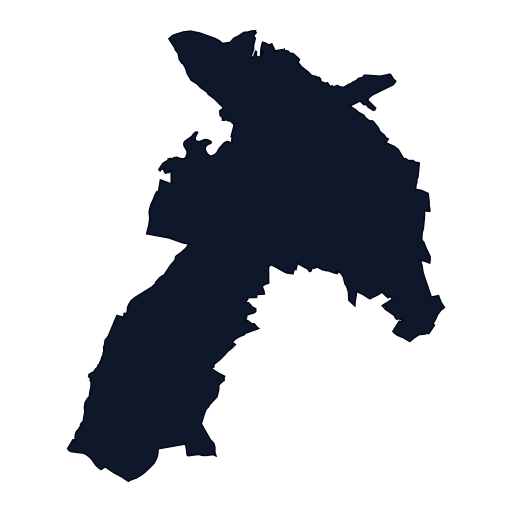 the district of Iernut, Mures, Romania
{"feature_id": "2599482B14234854366201", "entity_name": "Iernut", "entity_type": "district", "adm_level": 2, "iso_a3": "ROU", "parent_name": "Romania", "parent_adm1": "Mures", "projection": "natural_earth1", "projection_center": [24.221, 46.434], "detail": "fine", "context": "isolated", "style": "filled", "palette": "ink", "viewbox_px": 512, "rotation_deg": 0, "n_neighbors": 0, "source": "geoboundaries", "source_scale": "gbopen_adm2", "svg_char_len": 5977}
<svg xmlns="http://www.w3.org/2000/svg" viewBox="0 0 512 512"><path d="M128.3,481.3L131.0,479.8L136.2,478.0L141.6,474.8L144.7,472.4L153.0,464.4L154.4,462.6L156.7,458.1L157.7,454.5L158.2,448.8L185.2,444.0L186.3,447.7L187.1,454.8L188.2,455.8L196.9,454.6L199.2,454.5L201.9,455.3L205.7,455.5L212.9,454.6L216.0,455.9L214.8,451.8L214.9,447.2L213.9,443.5L210.0,439.2L201.3,423.8L204.4,413.6L206.1,409.2L208.4,407.0L209.4,404.9L217.0,396.8L218.7,389.8L218.8,385.1L222.7,381.2L224.1,380.5L224.1,377.6L224.7,376.3L218.0,372.9L212.0,369.0L212.2,367.2L213.9,367.0L213.9,365.0L214.3,364.1L219.9,359.6L224.8,354.7L227.8,351.1L230.1,349.6L231.6,348.0L232.9,347.4L232.1,346.2L232.9,345.4L234.2,345.9L235.4,344.6L232.2,342.1L235.5,338.9L239.9,336.4L244.5,334.6L244.1,333.7L258.7,328.5L256.7,326.9L254.2,323.7L251.8,323.9L248.1,320.8L244.2,319.3L245.8,319.2L246.8,316.8L246.3,315.1L254.4,312.7L255.7,311.5L255.8,311.0L255.7,308.7L251.8,306.8L250.9,305.2L248.5,302.8L245.4,302.9L248.5,297.6L256.7,297.4L256.4,294.6L264.4,294.0L263.9,291.0L262.1,286.3L264.6,284.5L268.7,283.1L268.5,267.3L270.6,264.6L274.8,266.5L284.8,272.1L287.0,273.0L293.0,273.8L294.2,269.1L296.0,269.6L297.4,263.4L307.6,268.9L309.4,271.5L311.0,271.0L311.8,268.5L315.4,267.9L316.3,266.6L323.3,270.1L324.0,269.9L326.6,270.8L327.9,270.6L334.1,272.9L337.0,273.4L337.1,274.1L337.5,273.0L337.0,271.6L339.4,272.2L341.1,273.5L343.2,276.7L345.1,284.2L346.0,285.1L347.2,288.0L348.5,292.3L348.8,300.2L354.9,305.9L355.1,302.2L356.7,291.5L362.7,294.3L369.8,298.8L377.7,294.9L382.1,292.1L386.0,296.1L388.3,297.8L390.2,296.3L392.4,299.2L382.2,305.6L383.4,307.1L385.3,305.8L386.1,306.9L384.6,308.7L394.5,315.6L395.0,317.2L396.2,318.8L396.8,319.2L399.1,318.8L402.5,320.1L401.4,321.8L399.2,321.2L392.9,331.4L394.3,333.0L397.5,335.3L403.4,337.7L409.8,341.5L415.0,337.2L419.2,334.6L425.2,334.0L427.9,333.0L428.7,333.7L434.5,325.1L432.8,324.1L435.7,319.1L437.4,314.9L440.8,310.3L444.4,307.5L441.0,302.2L438.5,295.6L431.3,297.1L423.1,272.8L422.1,265.9L420.5,260.2L424.7,261.2L429.7,263.1L430.2,259.3L430.1,256.6L425.9,247.7L423.7,242.1L423.4,242.2L422.1,240.1L421.7,238.8L422.2,232.5L423.3,228.8L424.3,219.0L424.6,214.5L424.3,210.9L429.8,211.3L429.7,207.8L429.2,207.7L429.1,201.7L428.1,193.4L420.8,190.2L415.5,189.3L416.1,184.5L417.0,181.9L416.6,180.3L418.0,176.8L419.3,163.1L417.1,162.3L416.1,162.8L413.0,160.5L408.5,160.6L405.8,158.6L404.5,159.2L402.6,156.9L398.2,149.5L394.1,146.4L385.9,142.7L388.3,139.1L385.6,137.3L384.1,134.9L380.5,132.1L379.7,131.2L378.2,127.6L373.6,121.9L372.3,120.8L370.5,121.0L368.2,120.0L363.9,116.1L364.2,115.5L358.4,112.2L355.2,109.4L349.8,106.1L360.0,101.0L363.8,104.6L364.3,104.0L365.9,104.8L367.7,106.1L367.9,106.9L373.4,110.4L374.9,109.8L374.4,109.3L375.6,108.0L367.3,99.8L368.3,99.0L368.0,98.5L372.4,94.9L393.4,84.6L395.8,81.2L393.2,78.8L390.8,74.8L390.0,74.2L380.4,76.2L364.4,75.1L362.2,77.7L359.6,78.0L357.5,79.1L356.8,80.4L352.4,82.4L350.5,84.0L348.7,84.3L343.8,87.4L339.5,86.7L337.4,85.4L332.8,87.3L332.2,85.8L330.2,86.5L327.4,82.7L325.3,83.3L321.2,81.6L320.5,80.0L320.6,78.7L319.6,78.3L319.1,77.3L317.7,77.6L316.6,76.6L311.6,75.5L308.2,72.0L300.9,66.2L299.9,64.4L298.6,63.5L298.5,62.6L297.9,62.1L299.5,59.6L297.9,57.8L292.8,53.4L290.2,53.5L288.4,51.3L286.1,50.6L285.0,51.6L284.2,49.2L282.9,50.6L282.3,49.6L275.1,50.9L271.8,43.9L269.8,44.7L268.4,44.7L265.1,42.9L262.6,42.3L261.9,44.1L260.7,50.6L263.9,52.6L263.6,53.8L260.7,52.4L260.7,56.1L260.1,56.3L260.0,57.0L256.8,56.9L256.2,53.0L256.7,51.9L255.6,51.2L253.1,58.0L251.1,56.2L253.6,49.4L253.6,45.4L255.3,38.2L253.5,35.8L256.1,32.8L255.5,32.4L255.6,30.7L251.4,31.0L247.9,32.1L244.1,32.3L238.2,36.1L233.9,38.2L230.1,42.4L222.5,43.5L219.2,40.7L215.9,38.8L199.8,33.0L190.3,31.1L183.1,32.0L176.4,34.1L172.4,35.6L168.9,38.8L174.6,47.6L175.5,50.1L178.2,53.3L179.2,59.2L182.0,63.4L183.7,64.2L184.3,66.2L185.5,67.9L187.3,73.7L191.2,80.2L196.8,83.7L200.8,87.7L207.1,92.2L208.2,94.2L214.7,99.0L223.6,108.0L219.7,110.9L220.1,115.3L222.7,118.1L222.3,120.1L224.1,120.4L226.0,119.7L228.2,120.8L230.6,121.1L232.2,122.9L233.5,123.6L233.9,126.0L231.1,136.6L232.2,136.9L231.5,142.5L231.8,143.4L230.8,143.8L229.3,141.9L227.8,141.5L226.9,141.5L224.3,142.8L219.3,148.3L217.0,152.4L214.8,154.7L211.6,156.0L209.6,155.7L207.0,153.4L205.4,150.2L205.2,148.0L206.2,145.8L207.8,144.5L210.8,143.3L211.2,142.3L210.9,141.4L207.5,139.7L205.8,139.5L203.7,139.9L199.2,141.7L196.6,141.1L195.4,140.0L195.1,137.7L197.6,132.4L197.2,132.0L195.8,132.0L193.7,133.7L191.7,136.5L185.4,140.9L184.0,142.5L183.8,144.5L184.2,146.2L186.7,150.3L187.1,151.8L187.1,154.0L185.6,157.6L184.8,158.4L182.9,158.9L180.2,158.5L176.5,157.2L176.2,157.7L174.2,157.5L174.0,157.9L171.1,159.2L170.7,158.4L168.0,159.1L168.5,160.3L165.9,161.4L162.6,163.7L158.8,169.6L160.1,170.9L161.1,169.4L164.6,168.0L165.1,169.0L163.5,169.7L165.4,173.3L167.9,172.3L168.2,172.7L169.2,172.3L168.9,171.6L171.1,170.7L171.3,183.9L160.4,179.9L158.4,192.2L156.8,191.6L154.5,196.1L153.6,198.9L151.0,204.3L149.5,209.5L149.2,213.0L149.9,219.5L149.6,219.5L148.7,226.0L146.6,233.8L168.9,237.9L182.3,242.7L188.8,244.1L185.9,248.2L180.9,252.7L176.3,256.0L175.6,257.0L175.0,260.1L170.2,265.7L163.8,275.4L162.1,275.9L159.2,278.2L155.7,282.4L155.7,283.5L151.6,287.2L135.6,297.1L131.3,300.5L129.0,304.0L127.6,307.4L127.3,308.9L127.6,309.9L126.5,313.8L124.2,313.3L123.9,315.6L123.2,317.1L116.9,315.5L108.2,336.4L107.5,337.0L107.1,338.1L105.4,339.5L104.7,342.4L104.6,344.6L103.6,346.9L103.8,351.6L103.1,353.1L103.1,355.1L101.9,357.2L100.9,360.4L99.3,363.9L97.8,365.6L97.8,366.9L95.8,368.8L93.8,371.7L89.1,374.3L88.6,376.8L90.3,377.9L90.6,378.8L90.1,380.1L91.1,382.3L91.0,386.6L89.7,393.1L89.5,396.2L87.0,399.3L85.2,402.4L84.4,407.3L84.8,411.8L83.2,421.1L80.8,423.9L81.6,424.0L77.7,430.6L77.4,430.4L76.1,432.1L75.3,434.9L75.0,440.0L73.0,439.7L67.6,448.6L69.2,450.7L71.5,451.7L82.4,453.0L85.7,454.1L89.6,457.1L92.2,459.9L95.8,465.2L99.4,468.5L101.2,469.5L105.1,466.8L113.9,472.7L121.5,476.7L128.3,481.3Z" fill="#0f172a" stroke="#020617" stroke-width="1.5"/></svg>